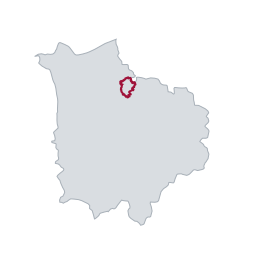 Iwye, Grodno, Belarus shown in context, rotated 78°
{"feature_id": "67162791B89656925241953", "entity_name": "Iwye", "entity_type": "district", "adm_level": 2, "iso_a3": "BLR", "parent_name": "Belarus", "parent_adm1": "Grodno", "projection": "orthographic", "projection_center": [25.918, 54.018], "detail": "fine", "context": "in_parent", "style": "outline", "palette": "rose", "viewbox_px": 256, "rotation_deg": 78, "n_neighbors": 0, "source": "geoboundaries", "source_scale": "gbopen_adm2", "svg_char_len": 6412}
<svg xmlns="http://www.w3.org/2000/svg" viewBox="0 0 256 256"><g transform="rotate(78 128 128)"><path d="M210.0,179.7L206.1,179.8L201.3,180.2L198.8,182.3L195.8,181.6L193.8,182.8L189.5,188.3L187.8,191.2L186.3,195.6L185.4,198.8L186.2,201.0L187.2,203.0L187.5,205.2L188.1,206.9L187.0,208.2L186.4,210.1L184.3,209.9L181.8,208.3L181.1,205.8L179.1,204.2L177.8,203.3L175.7,203.3L172.5,204.3L168.2,205.2L165.0,205.5L163.2,206.5L160.6,207.5L159.6,206.5L158.0,203.7L156.7,200.9L155.8,199.7L155.1,199.4L154.2,199.5L153.2,200.5L152.5,201.4L149.9,202.6L148.7,203.7L147.5,206.4L146.6,206.2L145.7,205.6L144.5,202.7L143.1,202.1L140.8,202.2L138.0,201.6L135.7,200.8L134.8,201.1L133.5,202.3L132.0,202.6L128.8,201.6L128.2,202.1L126.4,205.4L125.5,205.5L125.0,205.1L125.2,202.3L123.3,201.4L120.1,201.3L117.9,201.7L116.8,201.7L116.3,201.1L113.5,196.4L112.0,196.2L109.5,196.4L105.7,195.9L101.3,194.9L98.9,194.5L97.6,193.5L95.0,193.1L87.7,191.2L84.8,190.8L80.5,190.8L73.9,190.3L69.7,190.5L67.7,191.1L65.4,191.5L57.6,191.9L54.8,192.4L53.9,193.3L53.0,195.5L49.6,199.2L46.4,201.6L45.8,201.8L44.0,200.4L42.5,199.9L40.7,199.7L39.4,200.1L38.6,200.7L38.6,203.6L38.4,203.9L37.2,200.4L37.4,197.3L38.2,195.5L39.2,193.9L38.9,191.5L39.9,188.4L40.0,186.1L39.6,185.1L38.9,183.9L36.9,182.5L36.1,181.5L33.4,180.1L30.7,178.3L30.3,177.3L30.4,176.6L31.0,175.6L33.1,172.6L35.5,169.6L36.9,168.5L44.6,164.9L45.8,163.6L46.2,161.3L46.2,156.7L45.9,152.5L45.4,149.6L44.1,144.1L40.6,132.8L38.7,121.1L40.1,121.8L43.6,122.2L46.5,121.5L47.9,121.4L49.2,121.7L52.9,121.2L53.8,122.2L55.4,123.2L58.6,121.9L61.5,120.3L64.5,120.6L64.9,119.8L65.7,115.7L66.6,114.8L70.1,115.2L71.5,114.5L72.8,112.5L74.9,111.2L76.7,111.3L78.5,109.9L79.4,110.8L79.8,112.5L79.2,113.9L79.4,114.4L80.7,115.1L82.8,115.1L84.2,114.5L84.5,113.7L84.5,112.3L84.2,111.0L83.3,109.9L81.6,109.3L80.4,109.3L80.2,108.5L80.6,107.0L81.7,104.1L83.0,101.6L83.8,100.6L83.9,99.7L83.8,98.2L83.7,95.4L84.9,91.4L86.4,88.5L88.5,87.5L91.0,87.0L92.6,85.6L93.4,84.0L94.1,81.5L94.9,80.9L100.9,81.2L101.8,78.7L102.3,78.0L103.5,77.2L104.3,76.3L104.0,75.6L102.4,75.2L98.8,74.8L98.1,74.0L98.3,73.0L99.2,70.4L100.1,67.0L100.6,64.4L100.6,62.9L101.1,62.4L104.0,61.9L105.0,61.4L107.5,57.8L109.4,57.2L114.3,58.0L116.6,57.9L119.4,58.1L119.7,57.7L120.6,54.2L125.3,48.4L127.8,46.4L129.4,45.9L130.0,46.0L132.7,48.9L133.3,49.0L135.0,47.7L138.0,47.5L139.4,48.5L141.6,52.0L142.6,52.4L145.4,50.3L147.0,49.5L148.1,49.5L153.7,52.0L154.1,52.9L154.2,54.0L153.5,57.3L154.8,59.3L156.2,60.6L158.9,58.2L159.9,57.5L161.1,57.4L162.5,56.5L163.6,55.2L164.6,54.7L166.7,54.9L170.3,54.3L174.7,56.1L175.1,56.6L177.4,58.8L178.2,60.0L178.9,60.3L180.1,61.3L181.7,61.9L182.8,61.7L183.3,62.0L183.8,62.9L184.0,64.4L184.1,68.7L182.8,71.1L182.6,72.0L182.8,72.9L184.1,74.7L185.9,77.5L186.4,79.2L186.5,80.5L184.6,84.4L183.9,85.3L183.6,87.2L183.4,89.0L183.6,89.8L187.5,92.5L190.3,94.0L191.0,94.7L191.1,95.2L189.9,98.5L189.8,99.4L192.1,100.5L193.4,102.5L194.7,105.8L197.1,108.9L205.2,113.1L205.9,113.9L206.3,114.9L206.2,117.2L205.1,121.5L206.5,122.0L209.9,121.6L214.2,121.7L219.4,124.3L219.6,125.6L219.2,126.9L219.6,128.2L220.3,129.2L225.0,132.2L225.5,133.1L225.7,134.7L225.7,135.9L224.5,136.3L223.2,137.0L221.2,138.6L220.5,140.7L217.1,143.9L215.0,145.3L213.3,145.5L209.0,145.3L207.4,144.1L206.7,142.8L205.1,142.4L202.9,142.5L200.0,143.0L199.4,143.4L199.0,145.0L198.0,147.8L197.2,149.3L201.4,154.3L203.4,156.3L204.1,157.6L204.2,158.6L203.4,159.8L203.7,162.0L205.8,164.8L205.2,165.3L205.3,168.9L205.6,172.8L206.2,173.7L207.2,174.4L208.2,175.7L209.9,178.9L210.0,179.7Z" fill="#d9dde1" stroke="#a8b0b8" stroke-width="1"/><path d="M84.7,111.7L84.8,111.7L85.0,111.9L84.9,112.1L84.6,112.2L84.4,112.5L84.5,112.9L84.9,113.2L85.0,113.4L84.8,113.8L85.0,114.0L85.0,114.4L84.9,114.5L84.7,114.5L84.2,114.6L83.9,114.3L83.4,114.3L83.3,114.5L83.1,114.9L83.0,115.2L82.7,115.1L82.4,115.4L82.0,115.5L81.8,115.3L81.6,115.1L81.2,115.0L81.0,114.8L80.7,114.8L80.0,115.2L79.7,115.2L79.5,115.3L79.5,115.5L79.6,115.8L79.5,116.0L79.6,116.3L79.7,116.5L79.8,116.7L79.8,116.8L79.6,116.9L79.4,117.0L79.1,116.9L78.8,117.0L78.6,117.1L78.5,117.3L78.5,117.6L78.7,117.9L78.8,118.1L79.0,118.2L79.1,118.5L78.9,118.7L78.7,118.8L78.7,119.1L78.8,119.3L78.9,119.8L78.9,120.1L79.2,120.2L79.5,120.3L79.7,120.5L79.7,120.8L79.7,121.0L79.8,121.1L80.1,121.3L80.2,121.5L80.0,121.8L80.1,122.1L80.3,122.1L80.6,122.3L80.6,122.5L80.6,122.9L80.6,123.0L80.8,123.1L81.0,123.2L81.1,123.3L81.2,123.6L81.1,123.8L81.0,124.0L80.8,124.2L80.7,124.4L80.7,124.6L80.7,124.8L80.8,124.9L80.8,125.0L80.7,125.2L80.7,125.4L80.9,125.5L81.0,125.6L81.1,125.8L81.2,126.0L81.4,126.1L81.8,126.0L81.9,125.8L82.0,125.6L82.2,125.4L82.4,125.2L82.7,125.2L82.8,125.3L82.8,125.6L82.8,125.8L82.8,126.0L83.1,126.3L83.3,126.2L83.4,125.9L83.5,125.8L83.6,125.7L83.8,125.6L83.9,125.4L84.0,125.2L84.2,124.8L84.3,125.0L84.5,125.3L84.7,125.1L84.9,125.1L85.2,125.1L85.3,125.3L85.5,125.5L86.0,125.5L86.5,125.6L86.9,125.8L87.0,125.9L87.2,126.0L87.3,126.1L87.4,126.3L87.4,126.5L87.6,126.6L87.9,126.7L88.1,126.7L88.3,126.7L88.5,126.8L88.8,126.9L88.9,126.7L89.0,126.6L89.5,126.6L89.9,126.7L90.0,126.7L90.2,126.9L90.4,126.9L90.6,126.9L90.9,126.8L91.2,126.8L91.4,126.8L91.5,126.7L91.9,126.4L92.0,126.3L92.3,126.2L92.5,126.2L92.9,126.1L93.2,126.1L93.4,126.1L93.9,126.1L93.9,125.9L94.3,125.8L94.3,125.5L94.3,125.2L94.2,125.0L94.1,124.9L94.3,124.7L94.5,124.7L94.8,124.4L95.1,124.4L95.3,124.6L95.6,124.3L95.8,124.1L96.0,123.8L96.4,123.8L96.6,123.7L96.9,123.6L96.9,123.4L96.6,123.0L96.6,122.8L96.7,122.7L96.9,122.6L97.3,122.5L97.5,122.4L97.9,122.3L98.0,122.1L98.0,121.7L97.9,121.3L97.7,121.0L97.5,120.7L97.3,120.4L97.3,120.2L97.0,120.3L96.8,120.4L96.6,120.5L96.3,120.7L96.2,120.8L95.9,120.8L95.8,120.6L95.9,120.4L96.0,120.2L96.0,119.9L95.9,119.5L95.9,119.1L95.9,118.8L95.8,118.5L95.6,118.3L95.4,118.3L95.1,118.5L94.9,118.6L94.5,118.9L94.1,119.1L93.7,119.3L93.4,119.4L93.0,119.4L92.9,119.3L92.7,119.0L92.5,118.7L92.4,118.4L92.4,118.0L92.3,117.6L92.2,117.2L92.1,116.7L91.8,116.2L91.9,115.7L92.1,115.1L91.9,114.9L91.7,115.1L91.4,114.9L91.3,115.0L91.2,115.0L91.3,115.3L91.4,115.6L91.3,115.8L91.0,115.8L90.6,115.9L90.2,115.7L89.9,115.5L89.7,115.4L89.5,115.0L89.5,114.8L89.6,114.5L89.5,114.3L89.4,114.0L89.3,113.8L89.3,113.7L89.1,113.7L88.9,113.7L88.9,113.4L88.6,113.3L88.3,113.2L88.2,113.0L88.0,112.8L87.9,112.8L87.6,112.8L87.4,112.6L87.3,112.4L87.0,112.5L86.8,112.4L86.8,112.1L86.8,111.7L86.3,111.7L85.6,111.7L84.7,111.7Z" fill="none" stroke="#9f1239" stroke-width="2"/></g></svg>